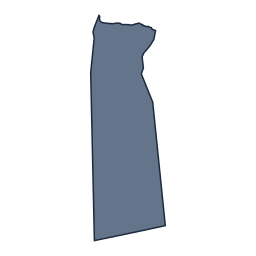 the district of Daba, Matruh, Egypt
{"feature_id": "37247803B11415934472050", "entity_name": "Daba", "entity_type": "district", "adm_level": 2, "iso_a3": "EGY", "parent_name": "Egypt", "parent_adm1": "Matruh", "projection": "albers", "projection_center": [28.255, 29.877], "detail": "fine", "context": "isolated", "style": "filled", "palette": "slate", "viewbox_px": 256, "rotation_deg": 0, "n_neighbors": 0, "source": "geoboundaries", "source_scale": "gbopen_adm2", "svg_char_len": 1808}
<svg xmlns="http://www.w3.org/2000/svg" viewBox="0 0 256 256"><path d="M143.4,68.0L142.1,56.9L143.8,53.0L149.9,45.9L153.8,39.5L155.5,31.0L155.6,30.5L155.4,30.4L155.2,30.4L154.5,30.2L153.6,29.8L153.3,29.7L152.6,29.5L152.1,29.2L151.9,28.7L151.7,28.5L151.6,28.3L151.5,28.1L151.3,27.6L150.5,27.6L150.1,27.4L149.5,27.2L149.3,27.1L148.9,26.7L148.5,26.4L147.9,26.4L147.0,26.6L146.7,26.6L146.3,26.5L146.1,26.5L145.6,26.4L145.3,26.3L145.1,26.0L144.9,25.9L144.5,25.8L144.1,25.7L143.3,25.7L142.8,25.5L142.6,25.4L142.4,25.2L142.4,24.9L142.6,24.6L142.4,24.5L142.1,24.5L141.8,24.5L141.7,24.5L141.3,24.4L140.9,24.1L140.3,23.8L139.7,23.3L139.1,23.1L138.6,23.3L137.5,23.5L137.0,23.6L136.2,23.8L135.6,23.9L135.1,24.1L134.4,24.3L133.9,24.5L133.2,24.7L132.5,24.9L132.0,25.0L131.5,25.1L131.2,25.1L130.8,25.1L130.1,24.9L129.4,24.8L129.0,24.7L128.3,24.6L127.6,24.6L127.1,24.6L126.6,24.5L126.0,24.6L125.6,24.6L125.0,24.6L124.4,24.5L123.7,24.6L122.9,24.7L122.7,24.6L122.2,24.5L122.0,24.3L121.6,24.2L121.1,24.0L120.8,23.9L120.6,23.8L120.3,23.5L120.0,23.2L119.6,23.1L118.9,23.3L118.5,23.2L118.0,23.1L117.7,23.1L117.1,23.1L116.6,23.2L116.4,23.2L115.9,23.2L115.3,23.2L114.8,23.4L114.2,23.5L113.8,23.6L113.3,23.6L112.4,23.7L112.2,23.6L111.6,23.6L111.4,23.7L111.2,23.5L110.8,23.5L110.3,23.5L109.6,23.6L109.2,23.5L108.6,23.6L108.4,23.4L108.1,23.3L107.4,23.2L106.5,23.3L106.0,23.1L105.6,23.1L104.9,23.0L104.3,22.9L103.6,22.7L103.0,22.8L102.7,22.7L102.0,22.4L101.2,22.0L100.9,21.9L100.5,21.6L100.1,21.1L99.9,20.7L99.9,20.3L99.8,19.9L99.8,19.5L99.7,19.3L99.5,19.0L99.4,18.8L99.5,18.4L99.5,18.0L99.5,17.7L99.7,17.3L99.7,17.1L99.6,16.9L99.6,16.5L99.6,16.2L99.4,15.7L99.0,15.4L94.3,27.2L93.0,32.0L94.2,38.0L90.7,72.7L94.4,240.6L142.8,230.5L165.3,225.6L152.7,102.1L141.3,73.9L143.4,68.0Z" fill="#64748b" stroke="#1e293b" stroke-width="1.5"/></svg>